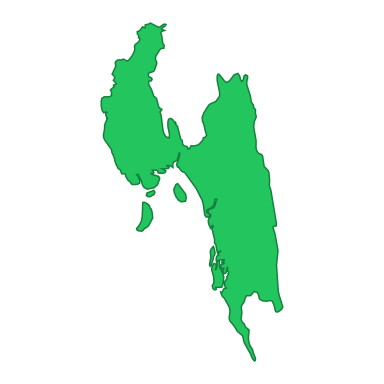 SVG path tracing the border of Chittagong
{"feature_id": "BGD-2476", "entity_name": "Chittagong", "entity_type": "Division", "adm_level": 1, "iso_a3": "BGD", "parent_name": "Bangladesh", "parent_adm1": "", "projection": "orthographic", "projection_center": [91.588, 22.498], "detail": "fine", "context": "isolated", "style": "filled", "palette": "green", "viewbox_px": 384, "rotation_deg": 0, "n_neighbors": 0, "source": "natural_earth", "source_scale": "10m", "svg_char_len": 6028}
<svg xmlns="http://www.w3.org/2000/svg" viewBox="0 0 384 384"><path d="M279.2,295.4L282.8,307.0L282.0,308.6L280.3,310.4L278.2,311.8L276.4,312.0L275.3,310.8L274.0,304.9L272.2,301.1L269.9,300.5L266.9,301.2L263.1,300.9L261.1,300.2L259.4,298.9L258.2,294.0L257.0,292.4L254.1,291.5L250.7,295.6L246.4,295.8L245.4,297.7L244.2,301.8L241.7,305.4L241.2,307.1L241.9,312.8L241.0,319.0L242.2,322.1L244.3,324.0L245.4,326.9L249.1,330.0L248.4,337.7L248.8,341.6L249.8,345.2L252.8,350.1L253.0,351.9L255.4,358.2L255.4,360.2L254.7,361.0L254.1,360.6L252.5,358.7L250.4,353.7L244.2,342.6L242.7,336.3L242.1,335.4L237.4,331.4L234.0,325.8L230.0,321.1L229.4,319.5L229.2,317.5L230.0,311.3L229.3,307.2L224.3,298.1L222.5,296.6L221.0,293.5L220.7,291.9L222.0,292.5L223.7,289.0L225.1,288.0L226.8,288.6L225.7,287.5L224.8,285.8L224.3,282.0L227.2,278.4L226.8,276.8L228.4,274.4L228.0,273.5L228.6,272.6L228.4,271.8L227.2,270.9L227.8,268.2L227.4,267.5L226.8,268.8L227.4,268.8L226.3,272.1L225.3,273.5L223.8,273.5L223.1,272.4L223.7,268.2L223.1,268.2L222.7,269.8L221.8,269.7L220.7,267.2L221.0,265.0L222.9,264.2L224.3,262.9L223.7,262.3L222.2,263.4L221.6,262.6L222.2,261.1L224.3,260.3L224.3,259.6L220.1,259.9L217.0,260.9L216.2,260.1L216.3,257.8L217.2,255.8L218.8,255.0L218.1,254.0L218.5,253.1L220.6,251.7L220.6,251.0L218.9,251.6L217.6,253.1L216.7,249.9L216.0,245.2L214.5,242.9L214.5,239.2L212.2,229.4L212.0,226.1L213.2,226.7L212.8,225.4L212.0,225.6L211.4,226.8L211.4,228.7L210.8,228.7L209.0,224.9L208.4,222.6L208.3,220.2L208.8,218.7L210.8,216.2L210.7,214.6L208.3,212.9L208.0,210.5L209.6,209.3L213.8,207.6L214.8,205.9L216.8,199.1L215.0,199.1L214.0,204.2L214.1,205.0L211.1,207.7L207.1,209.9L206.5,210.9L206.7,212.4L209.6,214.2L209.6,216.0L208.0,217.2L206.1,217.0L204.7,214.9L203.2,203.9L202.2,200.4L196.2,188.5L184.8,172.6L182.0,171.5L180.5,170.0L178.5,166.8L177.8,167.2L177.3,166.7L176.7,164.5L176.9,163.3L177.7,162.1L179.7,155.3L179.8,153.0L179.1,153.0L177.3,159.8L176.4,160.9L174.4,161.5L173.2,163.0L172.8,165.2L173.0,167.5L170.4,165.8L167.0,165.4L167.0,166.2L168.8,166.7L169.1,167.6L168.2,168.5L162.0,168.9L165.8,170.7L165.5,172.1L164.4,172.9L161.5,173.4L158.0,172.8L157.8,170.7L155.4,170.1L152.4,170.1L152.4,170.7L153.5,171.7L153.9,172.7L153.3,173.4L151.2,173.3L151.2,174.1L158.7,176.4L159.7,178.3L159.4,179.6L157.6,184.6L155.8,186.3L154.2,187.7L147.5,189.2L144.1,187.5L142.4,184.9L141.4,180.8L137.9,174.2L136.6,174.6L137.9,176.0L139.1,178.6L139.8,181.4L139.6,183.3L137.8,184.2L134.9,184.6L132.2,184.5L131.0,183.5L130.5,182.2L128.1,180.4L126.0,176.9L125.3,174.2L124.3,173.7L121.7,173.9L120.3,169.9L118.1,168.5L117.5,166.8L116.3,165.0L114.8,160.7L114.2,157.4L112.0,152.7L111.3,149.3L104.6,139.9L103.6,137.4L103.4,135.2L104.5,129.3L104.7,125.4L105.2,123.3L106.9,119.7L106.6,117.8L107.1,117.9L105.7,114.7L105.6,113.4L106.6,112.6L105.9,112.4L105.9,111.9L103.7,112.7L102.2,110.6L101.2,105.9L101.3,100.3L102.1,98.1L104.2,96.8L109.4,96.8L111.4,95.7L111.5,92.2L111.1,90.9L110.4,90.2L111.2,89.1L114.0,86.9L113.4,85.8L113.7,85.0L116.1,84.3L116.4,83.8L113.3,80.2L114.0,79.5L114.8,77.5L114.2,76.2L112.1,74.2L115.6,66.6L115.7,65.1L115.2,63.0L115.6,61.6L117.8,59.9L121.1,60.0L123.5,59.1L127.1,61.1L129.2,59.6L132.6,55.0L134.4,51.0L134.8,48.6L134.4,46.8L135.2,44.5L137.7,42.7L139.4,40.7L140.1,38.7L138.4,37.7L139.0,36.3L137.4,34.0L137.2,31.7L139.7,30.7L142.6,26.7L143.8,27.6L145.1,27.8L145.2,24.9L149.2,23.9L150.3,23.0L157.5,26.8L159.7,27.2L163.2,24.5L164.9,24.1L166.0,24.5L165.6,25.6L161.5,28.6L161.5,29.1L164.6,30.5L161.5,31.4L160.8,32.9L161.8,36.0L162.6,42.2L163.0,43.7L164.2,45.3L163.8,48.4L162.4,48.2L160.8,48.8L159.7,49.9L155.7,56.5L155.4,59.1L156.8,62.6L156.5,64.4L154.7,69.6L153.8,71.2L152.2,72.0L149.1,72.7L148.3,74.5L148.7,76.6L151.5,77.9L152.1,79.4L151.3,80.9L148.9,81.0L148.6,83.3L149.0,84.9L151.6,89.8L153.8,96.2L156.0,97.9L156.6,98.7L158.4,105.9L159.3,107.9L161.6,109.1L161.9,109.6L160.0,112.1L161.0,114.7L163.0,130.1L164.1,134.1L166.2,137.0L169.2,137.8L169.5,134.6L167.9,126.5L167.9,122.3L168.3,120.0L169.3,118.6L171.3,118.6L173.0,119.9L175.0,123.2L175.3,122.3L175.9,123.1L175.9,124.8L177.4,126.1L180.9,139.6L182.2,140.4L182.7,144.3L183.8,145.6L187.4,146.8L188.2,149.2L189.7,148.3L190.9,145.9L191.7,145.6L193.6,146.1L197.8,145.0L198.9,144.3L201.7,141.4L203.2,139.2L203.2,137.9L203.7,137.5L205.0,137.5L206.7,135.2L205.3,131.1L203.9,124.5L202.6,121.5L202.1,117.6L203.8,112.9L208.6,105.3L210.1,104.0L214.9,101.9L216.3,100.9L219.5,96.2L219.6,92.4L217.3,81.3L217.1,77.6L217.3,75.6L217.8,74.3L219.1,74.3L225.0,81.6L226.3,82.3L228.4,81.7L229.9,80.4L234.2,74.7L237.9,73.4L239.7,76.1L240.6,79.8L241.8,81.4L243.1,80.1L244.2,75.7L245.6,74.8L247.5,75.8L247.7,77.9L246.7,81.9L246.9,85.1L250.4,96.1L251.3,102.2L253.4,104.9L253.6,107.6L255.5,109.6L255.4,113.3L256.3,116.8L254.2,121.9L253.7,127.2L256.1,140.8L256.0,147.5L256.7,150.7L258.4,153.2L261.3,154.4L262.6,156.0L264.1,166.4L267.5,169.9L268.5,171.3L268.9,172.8L269.6,180.2L269.4,185.8L270.9,190.4L276.4,223.4L276.3,225.9L274.0,226.3L272.9,227.3L275.0,233.8L278.0,250.5L276.5,265.2L278.2,290.5L279.2,295.4ZM149.4,205.6L150.0,208.0L151.3,209.2L152.2,212.6L152.7,218.0L148.6,225.8L145.5,228.2L144.4,228.4L143.4,230.1L141.7,231.2L138.0,230.7L137.0,230.0L136.5,228.6L139.1,225.5L141.3,221.4L142.2,216.7L142.8,202.5L144.3,202.2L147.4,203.8L149.4,205.6ZM219.4,260.9L219.7,267.3L222.9,273.6L223.8,277.4L222.6,285.7L221.7,287.3L215.8,287.3L216.3,289.3L215.2,289.9L214.2,289.8L212.9,288.4L212.3,286.1L212.3,285.4L213.7,283.4L213.9,280.1L213.5,276.2L211.6,269.8L212.1,266.3L213.8,263.5L214.7,263.6L216.1,264.6L216.5,265.8L215.2,270.2L216.5,268.5L217.1,266.2L217.0,263.7L216.3,261.6L219.4,260.9ZM177.7,183.6L185.6,194.0L186.2,198.1L185.5,201.3L181.2,201.8L178.4,200.2L175.8,196.4L174.3,192.5L173.8,189.4L175.9,184.5L177.7,183.6ZM215.1,252.8L214.8,254.3L213.6,256.8L212.9,260.1L211.0,265.3L210.2,266.3L209.5,264.6L210.9,256.7L210.2,251.8L211.2,248.9L213.3,246.4L213.8,247.1L215.1,252.8ZM147.1,192.9L153.9,190.4L154.9,192.3L154.0,194.5L150.3,196.6L148.1,196.7L146.3,195.5L147.1,192.9Z" fill="#22c55e" stroke="#15803d" stroke-width="1.5"/></svg>